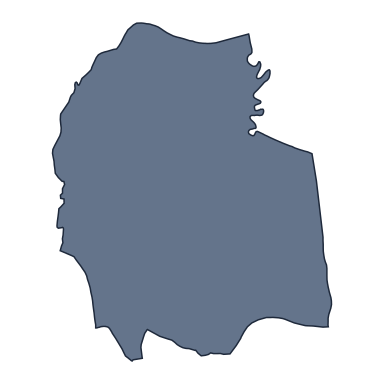 Kushar, Hajjah, Yemen
{"feature_id": "15242507B36240154715338", "entity_name": "Kushar", "entity_type": "district", "adm_level": 2, "iso_a3": "YEM", "parent_name": "Yemen", "parent_adm1": "Hajjah", "projection": "equal_earth", "projection_center": [43.47, 16.172], "detail": "fine", "context": "isolated", "style": "filled", "palette": "slate", "viewbox_px": 384, "rotation_deg": 0, "n_neighbors": 0, "source": "geoboundaries", "source_scale": "gbopen_adm2", "svg_char_len": 5324}
<svg xmlns="http://www.w3.org/2000/svg" viewBox="0 0 384 384"><path d="M328.3,326.8L328.0,325.2L328.1,321.6L328.1,318.2L328.8,314.4L329.8,311.3L330.8,308.2L331.5,304.5L331.4,300.9L330.9,297.6L329.9,294.2L329.1,291.3L329.0,290.6L328.2,287.2L327.5,283.5L327.0,280.0L326.9,275.8L326.9,271.8L326.9,268.5L326.5,264.9L325.3,261.9L324.4,258.7L323.8,255.2L323.3,251.4L323.2,248.0L323.2,244.5L323.0,240.7L323.0,237.2L316.4,180.9L312.0,153.7L307.7,151.9L304.9,151.2L302.3,150.4L299.6,149.6L297.0,148.7L294.7,147.9L292.2,146.6L289.6,145.8L285.0,144.0L282.5,143.0L275.5,140.0L269.8,137.4L267.2,136.1L264.3,134.8L263.4,134.2L259.4,132.3L259.0,132.1L257.4,131.4L256.8,131.5L256.2,131.6L255.4,132.8L254.7,134.4L253.8,135.6L252.5,135.7L250.6,134.9L248.8,133.6L248.5,132.6L248.5,131.5L248.9,130.5L250.2,129.4L252.5,129.0L254.1,128.4L255.3,128.4L256.0,127.8L256.0,126.8L255.7,125.6L255.6,125.0L254.8,123.6L253.7,122.3L252.4,121.1L250.9,119.7L250.2,118.5L250.0,117.3L250.1,116.5L251.3,115.5L252.2,115.4L253.5,115.4L254.4,115.5L254.5,115.4L257.1,115.1L259.8,115.5L261.8,115.1L262.5,114.6L263.2,113.2L263.4,112.7L263.6,111.6L263.6,110.6L263.3,109.7L262.8,109.2L261.8,109.3L260.6,109.3L260.4,109.3L259.7,109.9L258.8,110.0L258.7,110.0L257.9,110.5L257.0,110.5L256.2,110.6L255.4,110.5L254.9,109.8L254.7,108.8L254.4,107.4L254.5,106.1L255.3,105.2L256.7,104.6L259.3,103.7L260.3,103.2L260.8,102.3L260.8,101.7L260.5,101.2L259.9,100.7L257.0,99.4L254.9,98.2L253.8,97.1L253.4,95.7L253.7,94.1L254.1,93.3L255.1,92.2L257.7,89.7L260.6,86.5L262.7,84.2L264.1,82.5L265.6,81.3L266.8,80.6L267.8,79.6L269.0,77.8L269.6,75.6L270.0,73.6L270.0,71.3L269.8,70.4L269.3,69.8L268.7,69.9L267.6,70.5L266.4,71.5L265.7,72.1L263.7,74.7L262.5,76.1L261.5,77.2L261.1,77.6L259.6,78.3L258.5,78.6L257.7,78.6L257.1,78.2L256.8,77.9L256.6,77.4L256.6,76.6L256.8,75.6L257.4,74.0L258.5,71.8L259.7,69.5L260.5,66.8L260.6,66.2L260.7,65.2L260.7,64.1L260.3,63.2L260.0,62.2L259.7,61.8L259.3,61.8L258.8,61.8L258.5,62.4L258.0,63.4L257.8,63.8L257.1,64.8L256.3,65.7L255.3,66.2L254.3,66.3L253.5,66.3L252.8,66.1L252.3,65.9L249.6,64.1L248.4,62.8L247.4,61.2L247.3,59.9L247.3,58.5L247.3,58.2L247.6,57.0L248.3,55.9L249.1,54.9L250.2,54.4L251.0,53.8L251.4,53.3L251.9,52.4L251.9,51.1L251.8,49.0L250.2,42.6L249.0,35.4L248.6,34.0L227.7,39.6L216.0,42.8L210.8,43.4L206.9,43.5L206.2,43.4L203.8,43.3L203.2,43.3L199.3,42.9L195.7,42.2L193.4,41.4L192.8,41.1L189.6,40.7L186.5,39.7L183.7,38.8L183.3,38.7L180.0,37.8L177.0,37.1L173.4,36.0L170.1,34.4L166.8,32.7L166.5,32.5L163.9,30.8L161.0,28.8L158.2,27.0L155.0,25.7L152.9,25.1L151.7,24.7L149.9,24.1L148.5,23.9L146.7,23.8L145.3,23.5L143.3,23.2L142.1,23.1L140.9,23.0L140.1,23.1L138.8,23.1L136.6,23.2L135.9,23.6L133.7,24.8L133.0,25.3L132.3,26.0L131.8,26.4L130.7,27.4L130.3,27.7L129.7,28.3L128.1,29.6L127.2,31.0L126.2,32.8L125.4,34.0L124.3,36.0L122.7,39.3L121.0,42.6L118.9,46.0L116.6,49.0L113.6,49.4L107.4,51.3L104.5,52.0L101.3,53.1L98.4,54.8L96.3,57.6L94.6,61.3L93.0,64.7L91.7,67.7L91.7,68.1L91.1,69.8L88.5,72.5L85.9,75.0L82.0,78.4L79.7,83.8L78.8,85.2L77.9,84.9L77.1,82.8L76.2,82.1L75.3,82.7L74.8,84.7L75.1,88.6L73.9,92.7L71.3,95.4L70.4,97.2L68.8,102.1L60.7,114.0L60.5,115.7L60.3,119.6L60.4,120.7L60.7,123.8L61.2,128.0L61.0,131.5L61.0,132.0L59.9,135.8L58.1,139.2L56.4,142.4L54.7,145.6L52.9,149.4L52.5,153.3L53.0,156.0L53.2,157.1L54.0,161.1L54.1,162.1L54.3,165.1L54.9,169.3L55.3,173.3L58.4,177.6L62.1,181.3L63.9,181.5L64.6,184.5L62.5,188.7L62.5,193.2L60.4,195.2L60.7,198.4L64.0,199.0L64.1,203.1L64.1,203.3L63.8,203.6L60.9,206.8L58.9,208.7L58.5,212.9L58.0,216.9L57.4,221.2L57.0,225.6L57.1,227.1L58.3,228.2L61.5,227.7L62.6,227.4L63.3,228.0L63.5,229.2L63.1,235.0L62.4,238.8L62.9,242.8L61.6,245.7L60.2,250.7L71.5,255.5L74.0,256.7L74.8,257.9L76.1,259.8L78.5,263.0L80.7,265.9L82.7,268.9L85.0,272.2L86.7,275.9L87.5,279.3L87.7,279.9L88.9,283.4L90.2,288.0L90.9,292.3L92.0,297.0L92.6,300.8L93.0,304.9L93.5,308.8L94.1,313.0L94.5,317.0L95.0,320.8L95.7,324.8L95.7,327.9L96.5,327.9L96.9,327.9L97.7,327.6L98.1,327.5L98.6,327.4L99.2,327.3L100.3,326.9L100.8,326.7L101.2,326.7L101.8,326.5L102.2,326.5L102.6,326.5L103.1,326.4L103.6,326.4L104.1,326.4L104.4,326.4L104.8,326.4L105.1,326.4L105.5,326.4L105.8,326.6L106.4,326.6L106.9,326.8L107.3,326.8L107.6,327.0L108.1,327.2L108.5,327.5L108.8,327.8L109.0,328.0L109.4,328.3L109.7,328.8L110.0,329.2L110.2,329.6L110.5,330.0L110.8,330.4L111.0,330.8L111.2,331.2L111.6,331.8L112.0,332.5L112.2,333.1L112.4,333.4L115.7,338.4L122.1,349.0L123.7,352.4L125.5,356.0L125.8,356.2L126.2,356.5L126.6,356.8L127.3,357.4L127.7,357.7L128.1,357.9L128.5,358.3L129.2,358.9L129.6,359.2L130.4,359.8L130.8,360.2L131.1,360.5L131.8,360.9L132.2,361.0L133.1,359.8L142.3,358.3L142.0,356.3L140.9,347.5L141.2,344.5L143.4,337.3L144.7,333.4L146.7,330.4L147.1,329.7L147.4,329.5L159.8,336.3L166.8,338.6L167.7,338.9L171.8,340.1L174.6,342.2L177.2,344.6L179.9,346.3L182.9,347.7L185.9,348.4L189.1,348.6L192.1,349.5L195.1,350.4L195.7,350.2L198.0,353.2L201.2,355.8L205.3,355.3L208.5,354.4L210.6,352.9L213.6,353.6L216.8,353.6L220.4,353.5L223.7,354.3L230.0,353.9L236.2,345.6L240.7,338.4L241.2,337.0L241.7,336.1L244.1,331.7L247.4,326.8L248.3,326.0L251.2,323.5L251.9,322.9L258.3,319.8L266.4,317.5L270.5,317.5L272.8,317.4L278.6,317.8L282.6,318.5L284.9,319.2L294.2,322.9L298.2,323.9L305.2,325.6L306.1,325.7L313.1,326.0L323.0,327.1L328.3,326.8Z" fill="#64748b" stroke="#1e293b" stroke-width="1.5"/></svg>